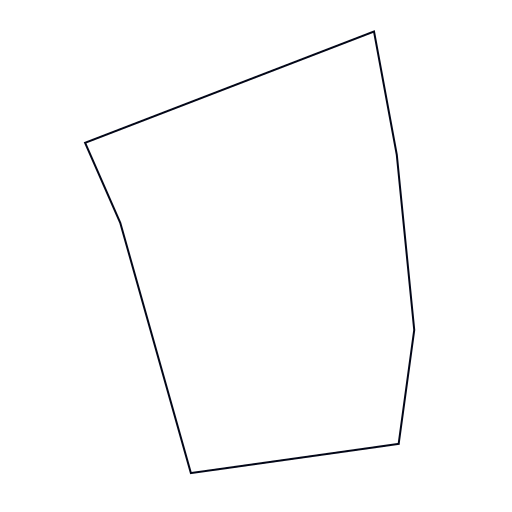 outline of 22, Ad Dawhah, Qatar, rotated 172°
{"feature_id": "91078587B26591597392685", "entity_name": "22", "entity_type": "district", "adm_level": 2, "iso_a3": "QAT", "parent_name": "Qatar", "parent_adm1": "Ad Dawhah", "projection": "equal_earth", "projection_center": [51.508, 25.289], "detail": "fine", "context": "isolated", "style": "outline", "palette": "ink", "viewbox_px": 512, "rotation_deg": 172, "n_neighbors": 0, "source": "geoboundaries", "source_scale": "gbopen_adm2", "svg_char_len": 282}
<svg xmlns="http://www.w3.org/2000/svg" viewBox="0 0 512 512"><g transform="rotate(172 256 256)"><path d="M409.5,391.9L385.8,307.7L350.7,50.1L145.8,50.1L140.8,50.1L140.6,51.1L109.6,160.7L102.5,336.6L107.9,461.9L409.5,391.9Z" fill="none" stroke="#020617" stroke-width="2"/></g></svg>